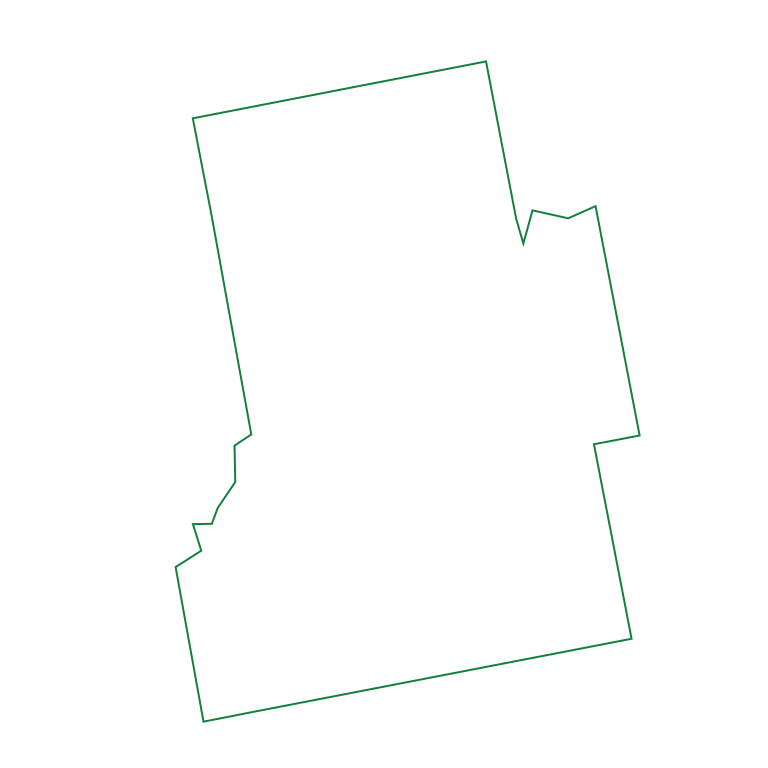 Hughes, Oklahoma, United States of America (Robinson projection), rotated 169°
{"feature_id": "52423323B77879682345533", "entity_name": "Hughes", "entity_type": "district", "adm_level": 2, "iso_a3": "USA", "parent_name": "United States of America", "parent_adm1": "Oklahoma", "projection": "robinson", "projection_center": [-96.231, 35.029], "detail": "fine", "context": "isolated", "style": "outline", "palette": "green", "viewbox_px": 768, "rotation_deg": 169, "n_neighbors": 0, "source": "geoboundaries", "source_scale": "gbopen_adm2", "svg_char_len": 438}
<svg xmlns="http://www.w3.org/2000/svg" viewBox="0 0 768 768"><g transform="rotate(169 384 384)"><path d="M189.6,86.7L189.4,284.8L142.9,284.7L142.4,518.2L171.6,511.5L205.1,526.1L220.4,495.3L222.7,520.7L222.7,532.4L222.3,681.2L521.0,681.3L521.1,582.1L523.9,359.8L542.5,352.0L548.7,316.2L570.9,294.0L579.7,279.6L598.3,282.9L595.2,255.2L623.5,244.1L625.6,87.0L575.3,87.1L189.6,86.7Z" fill="none" stroke="#15803d" stroke-width="2"/></g></svg>